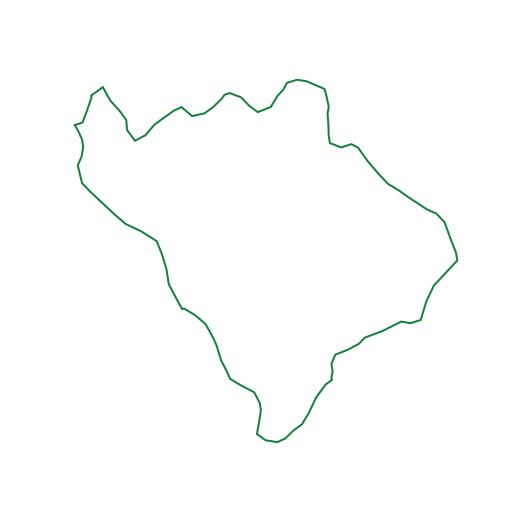 Sepho, Kangwŏn-do, North Korea (Robinson projection), rotated 189°
{"feature_id": "82179303B30150640587931", "entity_name": "Sepho", "entity_type": "district", "adm_level": 2, "iso_a3": "PRK", "parent_name": "North Korea", "parent_adm1": "Kangwŏn-do", "projection": "robinson", "projection_center": [127.346, 38.698], "detail": "fine", "context": "isolated", "style": "outline", "palette": "green", "viewbox_px": 512, "rotation_deg": 189, "n_neighbors": 0, "source": "geoboundaries", "source_scale": "gbopen_adm2", "svg_char_len": 1444}
<svg xmlns="http://www.w3.org/2000/svg" viewBox="0 0 512 512"><g transform="rotate(189 256 256)"><path d="M455.5,357.0L450.7,351.0L446.0,343.8L443.7,336.6L443.8,327.1L446.2,317.5L439.2,300.8L429.8,293.6L415.6,284.0L401.4,274.4L389.6,267.2L372.9,262.3L356.4,255.1L349.3,243.2L342.3,228.8L337.7,214.5L330.6,204.9L320.7,192.1L318.9,192.9L307.0,188.1L295.2,180.9L285.8,168.9L281.1,161.7L274.1,147.4L267.0,137.8L262.4,130.6L250.5,125.8L236.3,121.0L229.3,111.4L227.0,104.2L227.0,94.6L227.2,80.3L217.7,75.5L205.8,75.5L198.7,80.2L191.5,89.8L184.3,96.9L179.4,108.9L174.5,125.6L167.2,139.9L161.6,145.5L162.4,147.1L162.3,154.2L164.6,161.4L162.2,171.0L150.2,178.1L140.7,185.3L135.8,192.4L119.1,201.9L102.4,213.9L92.9,213.8L83.3,218.6L80.7,237.7L75.8,254.4L66.2,268.7L56.5,283.1L58.8,290.2L65.8,302.2L75.2,319.0L84.6,326.2L94.1,328.6L115.4,338.2L124.9,343.0L136.7,347.8L146.2,355.0L160.4,367.0L172.1,379.0L179.3,381.4L188.8,376.6L200.7,379.1L203.0,386.2L205.3,398.2L207.6,407.8L207.5,414.9L212.2,426.9L214.5,431.7L224.0,434.1L233.5,436.5L243.0,436.5L252.6,431.8L255.0,424.6L259.8,417.5L264.7,405.5L276.7,398.4L286.1,403.2L295.6,410.4L307.5,412.8L312.2,410.4L314.7,405.6L321.9,396.1L329.1,388.9L341.0,384.2L352.8,391.4L360.0,386.6L367.2,379.5L376.8,369.9L384.1,358.0L393.6,350.9L403.1,360.4L405.4,370.0L412.5,377.2L424.3,386.8L433.7,398.8L443.8,388.8L443.3,386.8L445.8,372.5L448.3,360.6L455.5,357.0Z" fill="none" stroke="#15803d" stroke-width="2"/></g></svg>